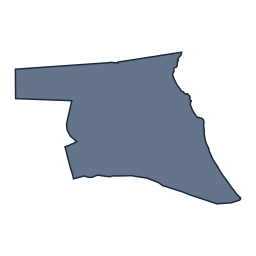 Faasaleleaga III, Fa'asaleleaga, Samoa
{"feature_id": "51752279B1430525557017", "entity_name": "Faasaleleaga III", "entity_type": "district", "adm_level": 2, "iso_a3": "WSM", "parent_name": "Samoa", "parent_adm1": "Fa'asaleleaga", "projection": "albers", "projection_center": [-172.2, -13.646], "detail": "fine", "context": "isolated", "style": "filled", "palette": "slate", "viewbox_px": 256, "rotation_deg": 0, "n_neighbors": 0, "source": "geoboundaries", "source_scale": "gbopen_adm2", "svg_char_len": 1574}
<svg xmlns="http://www.w3.org/2000/svg" viewBox="0 0 256 256"><path d="M240.6,197.9L237.4,195.0L236.0,193.3L234.7,191.5L230.8,186.4L229.3,184.2L226.0,179.5L222.9,175.4L219.9,170.8L216.7,165.2L215.0,162.7L213.3,160.0L212.0,157.4L210.8,154.6L209.1,151.0L208.8,148.6L207.3,145.4L206.6,144.2L205.4,140.6L205.0,139.2L204.2,133.8L204.2,130.4L203.6,124.8L203.9,122.7L203.8,121.0L203.2,119.5L202.0,118.4L199.9,117.9L198.5,117.4L198.1,117.7L196.5,116.5L194.1,112.9L192.8,110.8L192.0,109.1L190.3,104.5L190.5,102.3L191.2,101.4L191.2,100.7L190.4,100.6L189.5,99.1L190.0,98.8L190.0,97.3L189.6,96.0L188.5,95.2L188.0,94.2L186.9,93.6L185.6,94.1L184.2,93.4L183.5,91.8L182.3,91.7L181.5,91.2L180.1,89.1L179.2,87.8L177.2,85.2L174.1,79.0L173.5,77.4L172.7,75.1L172.6,74.3L173.5,71.9L174.0,71.7L173.8,70.2L173.9,68.5L174.6,67.6L176.4,67.1L177.2,65.6L177.1,64.7L177.5,61.4L178.0,61.4L178.3,59.9L177.7,59.5L178.4,58.1L180.4,55.7L181.3,54.3L181.6,52.2L181.1,52.3L135.4,59.4L117.9,62.1L117.9,62.9L115.8,62.7L114.0,62.7L110.4,62.3L108.7,62.7L15.4,69.2L15.5,85.4L15.6,98.6L71.8,100.7L66.5,124.0L67.1,130.0L70.3,136.0L76.7,141.6L73.8,143.2L70.9,144.4L68.9,145.5L65.0,146.8L65.7,149.4L68.5,160.4L69.4,163.9L71.0,169.6L72.9,175.7L73.5,178.8L80.7,176.9L84.2,176.0L88.7,177.3L91.8,177.4L96.4,175.5L98.6,175.2L101.2,175.7L109.4,176.7L110.5,176.6L113.1,175.8L114.4,176.0L131.7,175.7L147.2,178.2L158.9,182.8L162.6,185.6L175.3,189.6L182.2,191.8L190.9,195.2L210.3,201.6L216.8,203.8L227.5,203.1L231.2,202.8L239.3,200.3L240.4,199.4L239.9,198.7L240.6,197.9Z" fill="#64748b" stroke="#1e293b" stroke-width="1.5"/></svg>